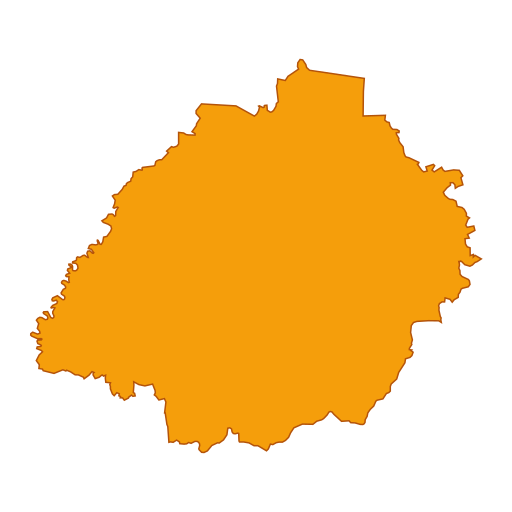 Ayapel, Córdoba, Colombia (Albers equal-area conic projection)
{"feature_id": "7082276B48600116890158", "entity_name": "Ayapel", "entity_type": "district", "adm_level": 2, "iso_a3": "COL", "parent_name": "Colombia", "parent_adm1": "Córdoba", "projection": "albers", "projection_center": [-75.075, 8.281], "detail": "fine", "context": "isolated", "style": "filled", "palette": "amber", "viewbox_px": 512, "rotation_deg": 0, "n_neighbors": 0, "source": "geoboundaries", "source_scale": "gbopen_adm2", "svg_char_len": 5974}
<svg xmlns="http://www.w3.org/2000/svg" viewBox="0 0 512 512"><path d="M481.3,258.9L475.0,255.3L473.3,257.0L473.3,254.5L470.2,255.6L470.1,247.8L467.2,246.8L465.5,244.0L465.0,238.7L469.2,238.1L467.5,234.4L474.9,230.4L473.8,226.0L467.2,227.3L465.7,225.1L468.0,219.2L469.5,217.9L466.4,216.1L466.4,213.3L464.2,209.3L462.0,207.5L457.2,206.4L456.0,201.2L452.8,199.5L449.8,199.3L448.1,198.3L444.8,195.4L443.3,192.2L447.1,187.7L450.5,185.1L450.3,182.7L453.0,182.7L454.9,184.8L455.3,188.3L458.0,186.5L462.9,184.8L460.9,177.7L462.8,175.8L459.3,170.3L453.6,169.9L444.9,171.4L443.1,170.0L441.6,167.2L434.2,171.9L432.0,170.1L434.7,165.7L433.4,164.4L425.9,166.8L427.2,171.0L423.7,171.9L421.8,170.4L417.4,164.3L418.3,163.8L418.9,162.4L408.9,157.7L406.1,157.0L405.1,155.9L403.8,152.5L403.1,146.8L399.7,142.5L398.6,140.0L398.9,138.4L396.4,134.2L396.3,132.7L399.0,132.6L399.2,131.0L396.9,129.5L392.7,129.3L391.2,127.8L390.0,125.8L389.2,122.5L386.9,121.9L384.8,120.1L385.4,115.3L363.1,116.0L363.4,91.4L364.3,78.4L309.6,70.3L306.6,67.5L305.8,64.5L302.7,59.9L300.1,59.5L297.8,62.8L297.5,66.6L298.6,69.1L288.0,76.3L285.3,80.5L277.7,78.9L277.5,83.5L276.5,86.1L278.3,101.8L276.4,103.5L276.0,106.3L273.6,110.4L271.8,111.9L270.4,112.2L267.3,110.3L266.9,105.2L264.7,105.4L264.2,105.8L264.2,107.1L263.1,107.6L259.3,105.8L258.6,106.1L259.5,107.2L258.5,111.1L256.7,114.2L254.4,116.1L236.0,105.9L201.5,103.9L196.1,110.7L196.1,113.5L200.2,118.2L196.6,123.7L196.3,125.8L192.0,131.7L195.1,133.6L195.0,135.1L188.1,134.9L186.0,134.5L183.7,133.0L178.6,132.4L178.6,144.0L176.8,146.2L173.5,147.3L171.5,146.6L166.6,151.1L168.4,152.7L161.8,159.7L159.3,159.8L157.0,160.7L155.7,161.8L154.9,165.4L153.8,166.0L142.6,167.4L142.0,168.1L142.3,169.5L142.0,170.2L138.8,169.6L136.1,171.4L133.2,172.1L132.7,176.9L131.1,178.6L130.7,181.2L127.5,182.6L126.4,183.7L126.1,185.4L124.0,186.1L122.2,189.4L117.8,194.3L114.4,194.6L112.4,196.0L115.2,200.2L114.6,203.8L113.1,207.6L114.2,208.2L117.2,207.0L118.2,207.5L115.8,211.5L115.6,215.6L114.5,216.3L113.2,214.6L112.0,214.0L108.5,214.3L106.5,218.0L101.9,220.8L103.3,222.4L108.1,224.2L110.9,226.0L111.6,228.7L110.6,231.3L106.9,236.4L103.6,237.1L102.8,241.8L101.3,244.4L100.1,244.3L98.1,240.4L97.4,240.1L97.2,240.9L98.1,243.2L97.7,244.3L95.8,244.9L91.9,244.4L89.5,245.5L88.3,248.5L91.4,249.3L93.8,252.7L93.3,253.3L92.4,253.2L89.9,250.8L87.7,251.2L86.9,253.2L88.3,257.5L87.5,257.4L84.6,255.2L83.1,255.4L80.0,257.4L77.4,256.9L76.6,257.8L76.5,259.8L75.9,260.6L72.7,261.8L72.5,263.0L75.8,263.3L77.5,265.1L78.0,268.2L76.6,270.3L75.2,270.9L73.0,270.6L72.5,269.8L72.6,266.5L72.1,265.1L70.2,264.0L68.8,264.2L69.0,265.3L71.0,266.7L71.3,267.5L67.7,269.0L67.4,270.5L69.7,273.2L66.4,274.4L65.7,275.8L66.4,276.6L69.0,276.8L68.7,279.6L69.3,282.3L68.3,282.6L66.1,281.1L63.8,280.4L62.4,280.9L61.5,282.3L61.8,283.4L64.5,285.1L65.7,287.0L65.4,288.3L63.3,289.3L61.1,292.9L61.5,294.1L64.5,296.2L64.9,297.5L64.5,299.1L63.8,299.7L62.6,299.6L57.4,295.7L52.8,297.8L51.9,299.4L52.3,300.8L53.6,301.0L56.3,300.2L57.5,301.7L56.8,303.5L52.7,305.4L51.0,307.4L51.3,308.0L53.5,307.5L54.9,307.9L52.8,311.5L52.7,313.1L54.0,316.1L53.7,317.5L52.5,318.3L50.8,317.5L47.6,311.6L43.7,311.8L43.2,312.7L43.7,313.6L47.2,315.9L47.9,317.9L47.3,319.3L45.3,319.7L41.9,317.6L39.8,317.3L37.7,318.5L36.4,320.2L38.7,323.6L37.3,328.4L39.6,331.2L40.0,333.1L37.6,334.1L32.7,332.2L30.8,333.6L30.7,335.1L31.7,336.1L37.5,338.7L41.2,338.6L41.9,339.1L41.4,339.9L37.7,340.2L37.0,341.1L37.8,343.6L40.8,344.9L41.3,345.6L40.8,346.4L37.2,346.9L36.7,348.6L41.4,350.5L42.5,351.8L39.2,354.9L36.3,360.6L39.3,364.7L38.9,368.5L42.5,369.1L43.2,370.7L54.0,373.4L62.9,369.8L65.9,371.0L66.6,370.2L70.5,371.8L75.1,374.8L78.4,374.9L83.4,377.2L84.1,378.8L89.0,375.2L92.0,371.6L94.0,372.5L93.2,373.1L93.1,374.9L95.2,378.6L99.1,377.3L101.6,375.2L102.4,375.0L103.5,376.1L105.6,375.2L105.3,378.1L105.8,382.3L110.5,382.8L109.8,384.6L110.4,386.5L110.4,388.9L112.4,393.9L114.2,395.7L116.8,392.7L119.3,393.8L118.9,395.8L120.5,396.5L120.2,397.8L122.6,397.9L124.3,400.2L128.4,398.1L128.8,397.1L131.5,395.1L132.9,396.3L135.2,395.9L134.6,393.3L133.3,392.6L133.9,385.1L133.7,381.8L138.9,384.6L144.9,385.9L152.6,384.1L155.1,390.5L155.3,393.0L154.3,394.9L156.1,396.3L158.9,400.0L164.4,398.6L165.9,402.0L164.6,412.9L165.2,412.9L166.9,424.4L167.8,426.6L168.9,442.3L170.4,441.9L173.2,442.3L176.6,440.1L179.4,441.9L179.8,443.7L184.1,444.1L186.7,443.8L188.6,442.5L191.1,443.3L194.9,441.4L197.1,441.4L198.5,442.2L199.5,443.7L199.7,445.5L198.8,448.8L199.1,449.7L201.6,452.3L204.0,452.5L207.4,450.9L211.8,445.5L217.5,442.8L219.2,443.0L223.5,439.9L226.9,434.8L227.8,428.2L229.8,427.8L231.5,428.9L232.1,431.9L233.3,433.5L235.1,433.8L237.9,433.1L238.7,433.5L239.0,441.0L239.5,442.0L243.8,442.0L249.0,442.9L254.0,445.7L257.9,445.7L266.5,450.8L268.3,449.0L270.4,444.1L272.8,444.6L276.2,442.7L279.0,442.1L282.5,442.1L285.5,440.4L288.6,437.3L290.6,432.8L293.9,427.8L302.4,424.1L312.9,424.3L316.8,421.2L321.7,419.8L323.6,418.6L327.1,415.0L328.9,412.1L330.3,411.5L331.9,411.9L334.0,414.4L341.5,421.3L349.0,420.8L350.8,422.7L355.0,422.9L360.2,424.4L362.9,424.5L364.1,423.8L365.0,422.4L365.2,419.7L367.1,416.4L367.8,412.9L370.3,409.3L373.7,406.1L375.9,401.1L377.1,400.2L382.9,398.9L386.4,393.5L388.8,392.6L390.3,391.1L390.3,386.5L391.2,384.0L396.7,379.0L398.7,372.4L404.9,362.8L405.5,358.8L410.0,357.4L411.9,355.6L413.1,352.2L411.0,350.7L411.7,350.0L409.3,349.6L409.4,348.3L411.8,344.5L411.4,343.3L412.4,339.9L410.6,332.5L411.3,325.6L413.5,322.5L416.9,321.4L428.4,320.7L438.7,320.8L441.3,322.4L440.8,319.9L441.1,317.9L440.3,316.5L438.9,310.1L439.1,307.5L438.6,305.8L439.4,303.6L442.0,301.9L444.6,301.9L445.1,297.9L450.0,299.3L452.2,302.2L454.2,299.7L458.2,297.4L458.4,294.3L460.0,292.2L461.0,289.2L462.4,288.3L468.3,286.8L470.0,284.4L469.4,280.9L468.4,279.5L462.0,276.5L460.1,274.3L459.9,270.5L458.8,268.2L459.5,264.8L458.9,261.8L459.5,262.1L460.2,261.0L461.5,261.4L464.8,264.7L469.9,266.2L472.4,265.0L474.9,262.5L477.2,261.6L481.3,258.9Z" fill="#f59e0b" stroke="#b45309" stroke-width="1.5"/></svg>